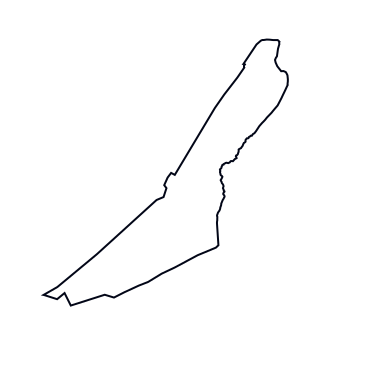 outline of Santa María Yolotepec, Oaxaca, Mexico, rotated 128°
{"feature_id": "50627088B13897730718633", "entity_name": "Santa María Yolotepec", "entity_type": "district", "adm_level": 2, "iso_a3": "MEX", "parent_name": "Mexico", "parent_adm1": "Oaxaca", "projection": "orthographic", "projection_center": [-97.477, 16.884], "detail": "fine", "context": "isolated", "style": "outline", "palette": "ink", "viewbox_px": 384, "rotation_deg": 128, "n_neighbors": 0, "source": "geoboundaries", "source_scale": "gbopen_adm2", "svg_char_len": 2464}
<svg xmlns="http://www.w3.org/2000/svg" viewBox="0 0 384 384"><g transform="rotate(128 192 192)"><path d="M298.5,176.3L289.9,171.2L275.0,165.6L262.3,159.2L238.3,148.6L221.1,138.9L217.7,138.4L201.0,153.3L199.5,154.3L199.0,154.5L197.0,156.0L195.9,156.8L195.5,157.5L194.8,158.0L193.8,158.3L192.3,158.8L191.1,158.9L190.0,158.9L189.1,159.1L187.9,159.5L186.7,160.2L185.4,160.6L184.3,161.0L183.1,161.8L181.3,162.3L180.3,162.6L179.1,162.9L177.7,163.0L176.7,163.3L175.7,163.4L175.1,164.0L174.8,164.6L174.6,165.6L174.4,166.1L173.8,166.5L172.6,166.7L171.9,166.6L171.5,166.8L171.4,167.8L170.9,168.2L169.9,170.0L168.0,170.7L167.3,171.6L166.8,172.8L166.6,173.9L166.2,174.5L165.8,174.9L165.5,175.8L165.0,176.7L163.9,176.8L162.8,177.0L162.0,177.2L161.3,177.4L161.0,178.2L161.0,179.7L160.8,180.2L160.1,180.8L159.7,181.4L159.2,182.1L158.4,182.6L158.0,182.6L157.3,183.7L156.7,183.9L156.1,183.7L155.2,183.6L154.6,183.8L153.7,184.3L152.7,184.4L152.2,184.7L151.5,184.5L151.0,184.0L150.4,184.2L149.6,183.8L148.4,183.4L147.6,182.7L147.0,181.3L145.5,180.5L143.9,180.5L143.2,179.8L142.9,179.3L142.5,178.7L140.8,178.6L139.6,178.5L138.8,178.1L137.9,177.7L137.3,178.4L136.9,179.4L136.1,179.7L135.1,179.2L133.9,179.2L133.0,179.6L132.0,179.9L130.9,180.5L129.8,181.4L129.2,181.3L128.1,180.8L127.3,180.4L126.5,180.5L125.6,180.5L124.7,180.5L123.2,180.9L122.2,181.2L121.4,181.3L120.9,181.1L120.2,180.9L119.4,180.8L119.0,181.1L118.4,181.6L117.7,181.9L116.5,181.8L115.9,181.8L115.2,180.9L114.5,180.7L113.8,181.0L112.8,180.7L112.1,180.3L111.4,180.3L111.1,180.0L110.8,179.5L109.3,179.6L108.7,179.6L107.3,179.0L104.7,179.0L98.7,179.5L96.7,179.4L94.7,179.3L92.3,179.0L90.0,178.8L87.2,178.8L80.5,178.1L78.5,178.1L75.4,178.0L71.1,177.8L63.0,179.3L59.5,180.1L56.2,180.8L52.7,181.6L50.2,182.2L48.7,182.5L48.4,183.0L45.8,184.6L44.1,185.9L41.3,188.6L40.7,189.7L39.8,191.8L40.0,193.0L40.4,194.4L41.9,196.1L40.4,202.2L38.5,205.8L36.8,207.9L34.6,208.5L32.8,208.6L26.2,212.4L22.0,214.1L21.9,214.1L20.2,215.6L19.8,215.6L19.6,216.7L19.5,218.0L22.2,221.4L24.1,224.5L25.8,226.9L28.0,229.0L29.0,230.2L30.3,230.9L36.0,232.0L59.1,230.3L59.0,230.2L58.8,229.4L58.9,228.8L60.3,228.9L61.6,227.9L61.8,227.4L62.1,227.4L74.0,226.7L95.3,226.6L111.7,225.7L189.1,216.1L189.8,220.2L195.6,220.1L203.7,218.1L204.7,214.5L213.5,211.3L220.1,215.0L299.8,228.7L349.8,239.6L364.5,245.6L364.2,245.0L359.5,232.3L350.1,230.2L356.1,217.6L326.7,197.5L323.2,188.5L312.5,183.5L298.5,176.3Z" fill="none" stroke="#020617" stroke-width="2"/></g></svg>